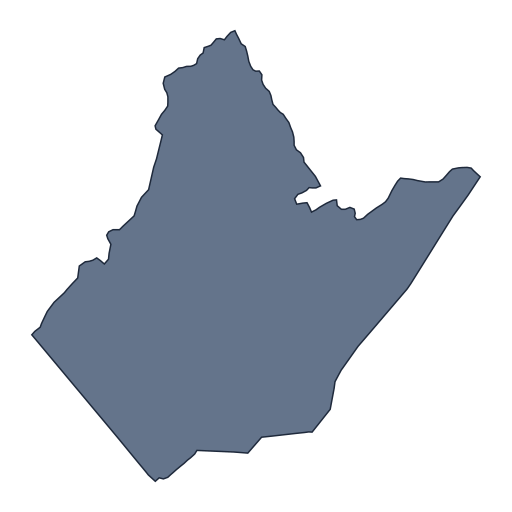 Mata Grande, Alagoas, Brazil
{"feature_id": "56859067B63231948696973", "entity_name": "Mata Grande", "entity_type": "district", "adm_level": 2, "iso_a3": "BRA", "parent_name": "Brazil", "parent_adm1": "Alagoas", "projection": "natural_earth1", "projection_center": [-37.735, -9.033], "detail": "fine", "context": "isolated", "style": "filled", "palette": "slate", "viewbox_px": 512, "rotation_deg": 0, "n_neighbors": 0, "source": "geoboundaries", "source_scale": "gbopen_adm2", "svg_char_len": 2544}
<svg xmlns="http://www.w3.org/2000/svg" viewBox="0 0 512 512"><path d="M162.4,134.9L161.0,140.7L156.5,158.9L153.7,167.2L148.6,189.7L141.5,197.3L139.3,201.6L137.0,206.0L135.3,212.0L134.1,215.9L123.1,226.1L119.5,229.7L113.0,229.7L108.7,231.8L106.7,235.2L107.8,238.7L110.9,244.3L109.1,253.3L108.5,259.2L104.3,264.0L100.5,260.7L96.7,257.9L92.9,260.2L89.3,261.3L85.2,261.8L79.3,266.0L77.7,278.0L72.7,283.2L67.0,289.5L64.4,292.7L54.1,302.3L47.3,311.4L44.6,317.0L41.5,323.6L40.2,327.2L34.8,331.4L31.8,334.8L117.1,436.9L133.7,457.1L137.4,461.6L145.7,471.6L148.3,474.9L155.3,481.3L159.2,477.8L163.4,478.9L167.8,477.3L170.6,474.7L173.5,472.2L176.4,469.6L180.5,466.2L183.9,463.5L187.5,460.1L190.4,457.9L194.7,454.0L196.9,450.4L233.8,452.0L247.8,453.1L261.6,437.2L272.0,436.1L295.8,433.4L304.5,432.5L308.7,431.9L312.1,432.1L330.2,409.3L334.1,388.4L335.0,381.7L337.9,376.2L341.2,370.1L343.5,366.9L358.0,346.4L372.6,329.4L379.6,321.2L407.1,289.0L410.7,283.8L423.5,263.3L441.4,234.5L453.0,215.9L458.8,208.0L468.1,195.1L480.2,176.8L476.4,173.3L473.5,170.6L471.2,168.1L467.1,167.4L461.5,167.6L458.3,167.9L452.4,169.1L449.5,171.7L446.4,175.3L443.0,179.1L438.6,181.9L435.2,181.9L429.0,181.9L425.4,182.0L420.4,181.1L417.5,180.6L413.1,179.5L408.4,178.9L404.2,178.6L400.6,178.1L397.6,181.2L395.0,185.3L391.9,190.6L388.2,198.2L385.5,201.8L382.2,204.3L376.3,208.0L372.5,210.8L367.7,214.3L363.5,218.2L360.4,219.4L356.7,219.7L354.5,216.7L355.2,213.3L354.2,209.1L349.9,207.4L345.3,209.3L341.4,209.3L337.2,205.7L336.5,199.9L333.1,200.2L326.4,203.3L319.5,207.3L315.9,209.9L311.5,212.1L309.6,207.6L307.0,202.7L302.9,203.1L296.7,204.2L294.6,198.7L297.9,194.3L301.9,192.9L306.5,190.4L309.1,187.6L312.2,187.9L316.0,187.9L320.5,185.9L315.4,176.4L304.0,162.1L303.5,157.5L300.5,152.8L296.4,149.8L294.1,145.3L294.1,141.5L293.8,137.1L292.5,131.9L290.7,127.7L288.9,122.6L285.8,118.3L283.2,114.3L280.3,112.5L277.8,109.9L275.7,107.3L273.0,104.4L271.8,99.9L270.9,95.5L269.2,91.4L265.6,88.2L263.1,84.4L261.6,80.1L261.9,74.8L259.3,71.0L255.7,71.2L253.0,69.8L250.7,66.3L248.8,61.4L247.8,56.1L246.6,51.1L245.2,46.5L241.2,43.8L238.5,38.1L236.5,34.3L234.9,30.7L230.7,32.4L227.0,36.4L224.4,39.8L220.1,38.5L216.3,38.9L213.5,42.3L211.0,45.2L208.2,46.3L204.2,47.6L203.1,53.0L200.2,55.1L197.7,58.7L196.6,63.6L193.8,65.3L190.9,66.3L186.5,66.4L182.8,67.6L178.6,68.1L175.0,71.4L170.7,74.4L164.8,77.0L163.2,83.3L164.7,89.3L166.8,92.7L167.9,96.8L167.9,102.5L167.7,106.1L164.7,110.5L161.5,114.3L158.6,119.6L155.1,125.8L155.9,129.2L162.4,134.9Z" fill="#64748b" stroke="#1e293b" stroke-width="1.5"/></svg>